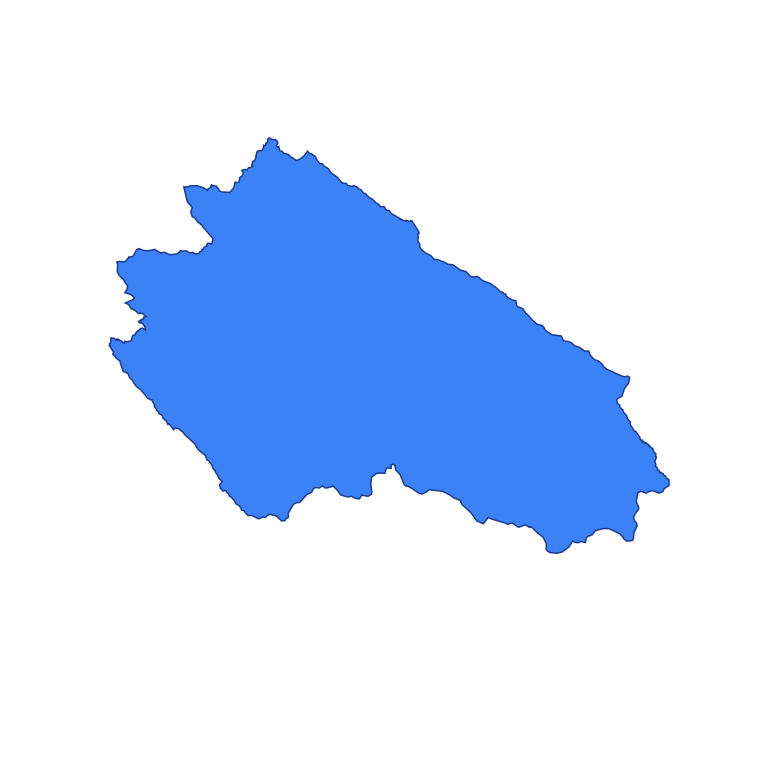 outline of Gakenke, Northern, Rwanda, rotated 320°
{"feature_id": "39286606B43223731633869", "entity_name": "Gakenke", "entity_type": "district", "adm_level": 2, "iso_a3": "RWA", "parent_name": "Rwanda", "parent_adm1": "Northern", "projection": "equal_earth", "projection_center": [29.798, -1.711], "detail": "fine", "context": "isolated", "style": "filled", "palette": "blue", "viewbox_px": 768, "rotation_deg": 320, "n_neighbors": 0, "source": "geoboundaries", "source_scale": "gbopen_adm2", "svg_char_len": 6171}
<svg xmlns="http://www.w3.org/2000/svg" viewBox="0 0 768 768"><g transform="rotate(320 384 384)"><path d="M428.8,628.4L430.8,630.4L433.7,631.4L436.4,634.8L440.2,631.9L442.1,631.8L446.6,633.3L451.8,632.3L459.0,635.7L463.3,639.3L468.2,649.8L468.6,653.8L468.1,656.8L469.1,660.6L473.8,663.6L475.9,662.6L479.5,658.8L486.7,655.4L487.9,653.1L488.4,648.3L489.6,646.7L492.4,645.0L498.8,643.5L499.7,642.3L501.8,636.0L508.8,630.3L512.3,631.8L514.6,636.1L519.2,637.2L521.6,638.9L524.5,644.2L525.5,644.9L528.7,645.5L531.4,644.3L537.2,645.0L540.8,640.4L539.7,637.4L540.5,635.4L539.7,633.5L540.2,632.7L539.3,629.8L538.4,629.8L539.1,627.2L538.2,625.7L539.1,625.0L539.5,623.0L539.0,621.7L540.4,620.6L541.8,617.3L545.7,615.2L545.5,614.1L547.4,612.1L547.0,610.8L547.5,607.7L548.6,606.2L547.7,605.5L548.0,604.3L547.0,601.9L547.7,601.9L547.6,600.6L547.0,598.1L546.3,598.9L546.7,597.1L545.9,597.0L545.8,594.7L544.6,594.9L545.7,592.9L544.5,591.5L545.6,589.6L546.4,582.6L545.4,580.3L546.3,576.8L545.9,575.9L547.2,572.2L548.5,571.0L548.0,568.5L549.6,563.5L549.3,559.3L550.3,557.5L549.8,553.4L551.1,551.6L550.3,549.1L551.7,546.2L553.2,545.2L558.6,546.2L565.1,542.1L572.2,540.4L576.5,536.8L575.7,534.5L573.0,533.3L571.0,530.2L564.3,516.3L563.4,512.3L563.9,508.0L562.7,503.5L561.0,501.1L560.6,498.3L560.6,494.2L561.9,490.1L559.0,488.1L557.1,481.2L554.7,477.5L554.0,472.9L552.2,469.6L549.8,467.1L549.5,464.5L550.3,463.4L550.5,460.9L544.5,454.4L542.5,448.6L542.1,446.3L542.9,443.5L542.8,440.9L539.7,436.7L538.7,429.4L538.6,422.7L538.0,421.2L538.8,415.7L536.1,410.6L536.3,408.6L538.6,404.9L536.4,402.5L534.7,397.7L534.1,394.9L535.1,393.4L534.1,393.0L533.8,390.0L532.4,387.5L531.8,381.4L530.8,379.2L530.6,376.7L526.0,368.0L525.2,363.3L524.2,361.0L521.7,359.9L519.4,356.8L519.1,350.7L515.6,345.6L513.5,337.1L509.8,333.2L509.2,330.8L504.7,322.6L502.7,321.3L502.3,315.5L500.2,311.0L499.1,305.4L499.3,302.2L501.2,300.0L501.8,296.0L504.6,293.6L505.9,291.1L507.5,291.3L508.5,289.6L510.2,277.2L509.3,275.8L508.1,276.4L506.4,272.9L505.5,273.2L503.5,270.5L503.4,269.1L502.1,268.4L502.6,267.7L499.2,258.2L499.4,254.2L498.3,253.8L497.6,252.1L498.0,247.9L495.0,245.8L495.5,243.2L494.2,239.6L493.9,235.0L492.6,231.8L492.1,226.0L490.9,224.7L491.3,220.6L490.1,218.6L489.9,215.6L488.4,212.7L486.4,211.9L483.6,208.5L484.1,206.4L481.4,203.3L480.9,199.4L481.3,196.4L479.2,188.3L479.7,183.0L478.0,178.3L478.3,175.7L476.4,173.7L476.8,168.1L477.7,165.5L476.3,161.0L475.0,159.0L475.2,156.5L469.5,157.8L463.7,157.6L460.6,156.5L459.2,151.2L458.5,150.8L458.3,146.7L455.5,142.7L455.4,139.9L454.0,138.3L456.0,134.4L454.9,134.3L454.8,132.2L457.7,131.1L458.3,129.3L457.9,127.0L455.2,124.5L454.4,121.6L452.3,121.7L450.0,124.3L448.6,123.5L446.4,125.0L445.2,123.6L443.8,125.4L440.7,126.7L437.2,124.3L435.5,124.7L430.2,128.9L428.7,129.6L426.1,129.1L425.1,130.6L423.5,130.9L423.0,133.5L422.6,132.2L420.7,132.4L419.3,131.2L416.7,132.0L415.6,130.3L412.4,128.9L411.9,132.1L408.6,133.4L406.1,133.1L402.7,136.2L400.8,135.3L399.6,133.6L395.1,137.1L389.2,138.1L383.0,132.5L382.0,129.8L382.8,128.3L382.3,126.1L383.0,124.9L380.3,122.1L380.0,120.6L378.7,121.0L378.2,122.3L374.4,121.4L373.4,122.2L371.6,117.2L368.6,112.4L363.2,107.6L360.4,106.9L357.3,104.4L350.8,117.4L350.4,118.9L350.7,125.5L346.6,127.9L344.7,132.5L345.8,135.6L345.4,141.0L346.2,142.0L346.0,143.7L346.7,145.0L346.2,147.3L346.5,162.9L341.9,166.1L339.7,162.9L337.6,163.2L336.7,164.5L334.5,163.6L332.1,164.6L331.3,163.8L330.1,164.9L327.6,164.3L325.8,165.0L323.1,163.2L322.0,160.2L319.8,159.2L317.8,154.5L314.9,152.8L314.1,151.0L309.3,151.6L303.2,147.4L300.3,141.8L297.1,140.0L294.8,133.4L291.1,131.7L286.1,127.9L283.2,122.6L280.9,122.1L274.4,124.7L272.3,124.3L270.0,122.6L269.3,123.7L268.2,123.1L265.6,123.9L263.6,123.5L259.9,119.8L257.8,118.8L257.0,120.9L251.8,126.7L250.9,130.4L251.7,137.5L250.9,138.6L250.7,143.8L248.7,145.9L244.2,147.5L247.2,152.0L248.4,156.3L248.1,157.4L246.0,158.0L237.9,155.7L239.5,159.0L238.7,164.2L239.6,164.9L241.0,169.5L241.1,172.2L244.2,174.2L245.1,179.2L242.8,178.4L241.7,179.7L239.4,178.6L238.7,179.6L237.8,178.5L236.0,178.4L236.1,180.2L238.1,182.2L237.4,187.0L236.0,189.3L234.7,185.7L233.3,185.2L227.4,185.1L225.5,186.1L222.3,185.4L218.2,188.4L214.3,186.5L213.0,184.7L211.1,185.5L209.4,179.2L208.8,178.6L208.2,179.3L208.0,177.8L206.9,178.1L206.7,175.5L204.5,173.1L200.7,177.0L199.6,176.7L199.0,178.5L198.3,178.1L197.3,185.8L195.4,187.0L195.6,192.8L196.6,197.2L195.7,198.0L192.4,206.7L194.6,211.3L193.2,215.8L193.7,218.9L192.8,224.5L192.9,227.9L193.9,231.6L194.0,240.5L193.5,241.5L194.9,245.9L196.0,246.9L194.5,253.0L193.5,253.7L193.6,256.5L192.7,257.9L193.4,260.3L192.5,262.2L193.7,264.1L193.9,265.7L192.7,268.2L193.4,272.0L192.5,276.2L193.7,276.1L193.9,277.1L193.4,283.8L196.2,283.5L197.9,286.5L199.1,292.1L198.8,294.6L200.6,308.2L199.4,315.1L201.2,323.8L199.7,328.2L200.5,330.8L200.0,335.3L198.7,339.2L199.1,342.0L198.3,342.8L197.8,347.5L196.9,349.6L197.4,354.9L193.4,355.4L191.5,358.8L192.0,361.0L191.6,362.4L194.1,363.6L194.3,364.5L193.7,365.6L194.3,367.7L193.6,370.7L194.3,373.0L194.3,377.4L193.6,381.1L194.8,383.9L194.6,387.4L193.7,388.8L195.3,391.0L195.0,395.7L195.5,397.6L198.3,399.8L201.3,406.7L205.7,408.1L207.5,410.0L210.1,409.6L213.0,410.6L216.7,416.0L217.5,423.0L220.3,425.0L221.9,424.3L225.4,424.6L227.4,421.5L237.2,418.0L240.2,418.5L243.4,420.5L253.7,419.1L259.2,420.3L263.0,418.8L265.3,419.5L267.6,422.1L271.5,422.4L272.0,425.6L273.7,427.1L279.5,429.4L280.0,436.5L279.5,441.0L282.5,445.8L284.6,448.0L286.7,448.7L288.9,453.7L291.4,456.2L295.5,454.8L299.5,459.8L303.5,460.2L305.0,459.2L310.1,451.6L314.7,447.4L321.2,447.7L327.3,452.9L331.4,450.2L333.1,450.8L335.2,453.2L337.6,450.5L339.6,451.7L339.9,453.9L337.8,457.2L338.1,463.8L334.8,474.3L335.0,475.8L336.7,478.1L338.4,482.4L340.7,490.6L342.6,492.8L347.2,494.0L350.4,493.8L359.9,503.9L363.4,512.1L364.2,516.0L367.5,522.0L366.3,526.8L367.9,538.9L367.1,548.7L370.3,554.9L378.2,553.3L379.5,556.4L387.7,568.8L388.3,570.9L393.0,572.9L394.5,579.1L395.5,580.5L401.6,582.5L403.3,587.4L405.1,588.2L405.8,596.1L407.4,603.9L405.6,610.9L402.0,614.6L401.9,617.1L402.9,619.9L407.5,624.7L412.7,627.2L420.8,627.7L427.5,625.7L428.8,628.4Z" fill="#3b82f6" stroke="#1e3a8a" stroke-width="1.5"/></g></svg>